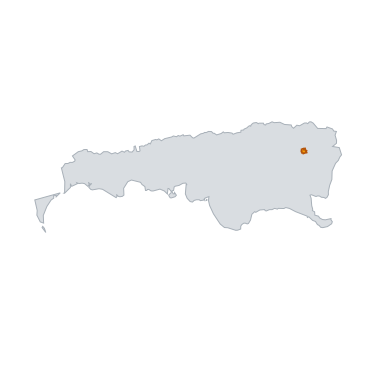 location of Burruyacú, Tucumán, Argentina, rotated 74°
{"feature_id": "61730980B16369231979992", "entity_name": "Burruyacú", "entity_type": "district", "adm_level": 2, "iso_a3": "ARG", "parent_name": "Argentina", "parent_adm1": "Tucumán", "projection": "mercator", "projection_center": [-64.978, -26.55], "detail": "fine", "context": "in_parent", "style": "filled", "palette": "amber", "viewbox_px": 384, "rotation_deg": 74, "n_neighbors": 0, "source": "geoboundaries", "source_scale": "gbopen_adm2", "svg_char_len": 4865}
<svg xmlns="http://www.w3.org/2000/svg" viewBox="0 0 384 384"><g transform="rotate(74 192 192)"><path d="M234.7,102.8L232.8,106.1L233.2,108.3L231.5,113.6L232.0,114.6L230.5,117.1L231.0,119.9L230.3,122.5L230.7,125.8L230.1,126.8L228.9,127.1L228.0,131.8L229.1,136.3L228.2,137.2L229.9,140.6L235.1,143.5L237.8,146.4L237.9,147.7L236.5,149.6L236.3,151.1L237.1,153.3L238.4,154.6L241.0,155.4L241.3,158.5L240.9,160.5L236.2,167.5L235.1,170.6L230.6,173.7L218.9,177.4L209.8,178.8L204.6,178.5L201.1,177.0L201.4,181.1L203.1,182.3L202.2,182.3L203.0,183.1L202.6,186.4L201.5,187.1L200.7,189.9L200.7,192.3L201.8,194.3L200.7,196.4L196.7,198.4L192.0,198.9L183.3,195.6L183.6,195.1L183.2,194.9L181.7,195.5L181.1,198.4L182.1,202.7L181.8,206.6L182.3,207.8L185.5,209.3L185.3,210.8L186.3,211.0L188.6,210.6L188.9,209.4L187.7,208.9L190.8,207.9L191.9,209.6L192.0,213.5L191.5,214.6L189.1,215.3L188.4,215.1L187.0,212.3L185.9,211.8L182.4,213.2L182.0,214.1L187.1,216.2L183.4,218.3L180.4,222.0L180.3,229.0L179.7,231.0L177.6,232.8L177.3,234.2L178.0,235.0L177.7,236.3L173.8,235.8L171.0,238.0L168.5,238.8L163.8,246.9L164.4,250.9L169.6,256.7L176.2,258.3L177.0,260.2L176.7,262.6L175.9,264.0L173.5,265.3L175.6,265.3L176.5,266.5L164.7,277.3L163.2,280.5L162.5,287.2L161.6,288.6L159.1,289.9L157.5,288.5L156.2,286.0L156.2,288.1L154.0,288.8L156.7,288.9L157.9,290.5L154.3,293.0L153.2,295.2L152.7,298.4L151.3,300.2L152.4,299.9L153.4,306.1L150.5,306.6L154.1,307.6L158.1,314.9L157.8,315.4L157.7,314.7L147.0,311.4L132.8,310.9L132.9,309.9L129.7,306.1L130.4,303.3L129.9,301.0L130.6,298.9L130.1,296.3L128.9,295.5L124.4,297.0L121.9,290.2L122.1,286.5L121.4,284.2L122.2,281.2L124.5,281.1L125.2,278.0L128.2,275.6L128.2,272.7L130.0,271.0L130.5,269.6L128.9,265.8L130.1,261.8L133.2,258.7L133.0,254.9L134.7,253.0L133.4,248.0L135.2,245.9L134.3,244.7L134.4,242.0L136.1,241.4L137.1,238.5L135.4,236.0L132.3,235.2L132.1,233.9L137.8,233.8L138.5,231.8L138.1,230.6L133.8,230.0L133.9,227.3L134.8,225.6L134.0,223.8L134.3,222.2L133.2,219.9L134.3,218.8L131.5,216.4L131.5,212.4L132.2,211.4L131.8,209.3L134.3,207.3L133.2,203.5L133.5,196.4L133.0,194.5L134.6,191.6L133.9,189.7L135.0,188.2L134.5,184.7L135.8,184.4L136.8,178.3L140.0,176.5L140.7,175.3L138.5,167.6L138.7,164.8L138.2,163.5L138.8,161.9L138.3,159.5L139.3,156.6L141.4,155.5L141.6,154.5L143.9,152.6L143.8,147.8L142.8,145.4L144.0,144.6L144.7,141.0L146.4,137.3L147.8,136.6L147.5,132.4L148.0,128.6L146.2,127.9L146.6,125.2L145.9,124.6L145.5,121.7L144.3,119.2L144.2,118.1L144.9,117.4L143.6,116.5L142.6,114.2L142.8,112.1L143.1,110.7L144.6,109.6L144.3,108.6L145.5,104.4L147.1,104.2L147.9,102.7L147.0,101.9L147.3,99.3L146.6,95.7L148.0,93.9L149.2,88.3L152.6,84.4L154.9,78.2L156.7,78.1L158.7,76.8L156.7,72.8L158.0,70.3L156.7,65.0L157.1,63.1L158.2,61.9L157.0,59.9L157.3,58.3L159.2,56.5L165.5,53.7L168.0,45.7L166.7,44.3L170.1,39.6L172.5,38.9L173.6,36.5L176.8,38.8L182.3,38.8L185.0,39.7L187.0,44.3L189.9,38.2L197.5,38.0L199.1,40.2L202.0,42.7L204.0,46.1L210.4,51.5L218.5,54.1L223.5,57.8L229.3,60.9L232.2,61.6L234.4,63.8L234.9,65.4L233.6,66.7L232.7,69.1L231.1,70.5L230.4,72.1L230.5,74.1L227.5,78.0L227.6,79.5L230.7,79.2L238.2,80.7L241.8,80.7L243.0,81.4L244.9,79.6L248.1,80.3L250.1,77.1L252.2,76.4L254.4,74.2L255.5,71.5L255.9,65.7L257.1,66.1L259.2,65.3L261.0,66.5L262.6,71.3L262.3,76.1L261.4,78.0L259.2,79.0L257.9,80.4L254.4,81.4L252.5,83.9L248.0,86.6L248.3,88.1L246.9,88.0L239.4,97.9L234.7,102.8ZM156.3,345.3L156.5,318.9L159.2,323.9L157.9,323.6L157.5,326.1L159.8,326.6L160.9,329.7L165.9,335.5L173.5,341.4L181.0,343.2L178.9,346.1L171.5,347.5L167.1,345.9L156.3,345.3ZM183.9,345.0L186.2,343.9L190.6,343.7L184.8,345.9L183.9,345.0ZM204.2,180.1L204.1,180.9L202.9,179.6L204.2,180.1Z" fill="#d9dde1" stroke="#a8b0b8" stroke-width="1"/><path d="M185.8,70.8L185.7,70.8L185.4,70.8L185.2,70.8L184.9,70.9L184.7,70.9L184.8,70.9L184.7,70.9L184.7,71.0L184.5,70.9L184.5,71.0L184.5,70.9L184.4,70.9L184.4,71.0L184.4,70.9L184.2,70.9L184.2,71.0L184.1,70.9L184.0,71.0L184.0,70.9L183.9,70.9L183.7,70.8L183.5,71.0L183.4,71.0L183.4,70.9L183.3,71.0L183.2,71.1L183.1,71.3L182.9,71.3L182.7,71.4L182.7,71.5L182.5,71.4L182.4,71.3L182.2,71.3L182.1,71.2L181.9,71.2L182.0,71.3L181.9,71.4L182.0,71.4L181.9,71.4L181.9,71.5L181.8,71.8L181.7,71.8L181.8,71.8L181.7,71.9L181.7,72.0L181.5,72.3L181.5,72.5L181.4,72.5L181.5,72.6L181.4,72.6L181.5,72.7L181.4,72.7L181.5,72.7L181.4,72.7L181.4,72.8L181.4,73.0L181.2,73.1L181.1,73.3L180.9,73.4L180.9,73.5L181.0,73.6L181.0,73.8L180.9,73.9L180.9,74.0L181.0,74.2L181.0,74.3L181.0,74.5L181.1,74.8L181.1,75.0L181.3,75.0L181.5,75.0L182.6,75.5L182.6,75.3L182.7,75.1L183.1,75.2L183.0,75.7L183.3,75.7L183.6,75.6L183.8,75.8L184.1,75.9L184.1,76.1L184.3,75.6L184.5,75.6L184.5,75.4L184.9,75.4L185.2,74.3L185.8,74.4L185.8,73.9L185.7,73.8L185.7,73.4L185.6,73.2L185.7,72.9L185.6,72.7L185.6,72.4L185.6,72.2L185.6,71.9L185.8,71.7L185.8,71.0L185.8,70.8Z" fill="#f59e0b" stroke="#b45309" stroke-width="1.5"/></g></svg>